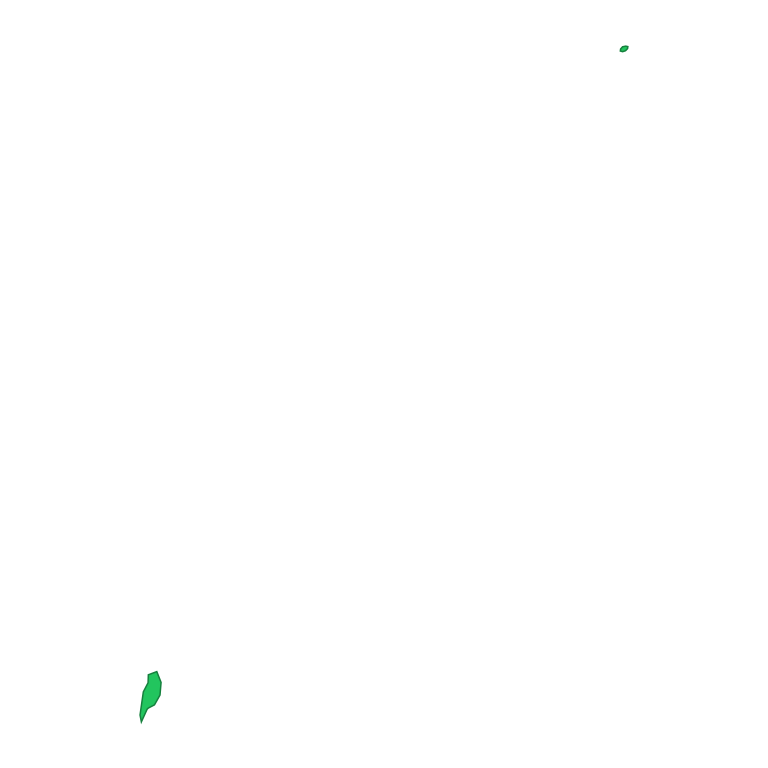 outline of Palau, rotated 179°
{"feature_id": "PLW", "entity_name": "Palau", "entity_type": "country or territory", "adm_level": 0, "iso_a3": "PLW", "parent_name": "Oceania", "parent_adm1": "", "projection": "albers", "projection_center": [133.12, 5.367], "detail": "fine", "context": "isolated", "style": "filled", "palette": "green", "viewbox_px": 768, "rotation_deg": 179, "n_neighbors": 0, "source": "natural_earth", "source_scale": "50m", "svg_char_len": 413}
<svg xmlns="http://www.w3.org/2000/svg" viewBox="0 0 768 768"><g transform="rotate(179 384 384)"><path d="M624.7,97.4L616.2,100.4L612.1,89.5L613.4,76.9L619.1,67.2L625.3,64.1L626.5,63.0L632.5,50.4L633.7,57.3L630.0,80.4L625.1,89.4L624.7,97.4ZM139.6,717.0L136.4,717.6L134.3,717.1L134.6,715.1L136.7,713.0L139.6,712.1L141.9,712.8L141.6,714.8L139.6,717.0Z" fill="#22c55e" stroke="#15803d" stroke-width="1.5"/></g></svg>